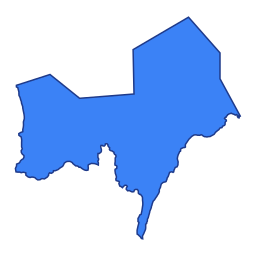 outline of Morobo, Central Equatoria, South Sudan
{"feature_id": "79223893B16328156709571", "entity_name": "Morobo", "entity_type": "district", "adm_level": 2, "iso_a3": "SSD", "parent_name": "South Sudan", "parent_adm1": "Central Equatoria", "projection": "robinson", "projection_center": [30.83, 3.714], "detail": "fine", "context": "isolated", "style": "filled", "palette": "blue", "viewbox_px": 256, "rotation_deg": 0, "n_neighbors": 0, "source": "geoboundaries", "source_scale": "gbopen_adm2", "svg_char_len": 4664}
<svg xmlns="http://www.w3.org/2000/svg" viewBox="0 0 256 256"><path d="M16.4,85.3L16.4,86.9L17.9,87.8L17.9,88.0L18.0,88.6L18.9,92.0L18.9,93.5L19.0,95.4L20.1,97.6L20.7,99.9L21.4,101.7L21.5,103.1L22.7,106.6L22.8,108.2L23.3,110.8L24.0,114.2L24.3,116.5L24.3,118.8L23.4,121.9L23.5,125.1L23.3,127.2L22.8,129.5L22.8,131.7L20.6,132.5L18.8,133.6L18.9,135.3L21.2,137.0L21.5,138.7L21.7,140.2L21.6,142.6L21.6,144.6L21.6,146.9L22.0,148.0L22.3,148.9L21.2,150.6L21.3,152.3L22.2,154.0L23.9,155.5L24.0,157.1L23.2,158.8L21.8,159.6L20.5,160.8L19.8,162.3L18.9,163.2L16.6,164.1L16.5,166.1L15.4,168.5L16.0,171.9L17.7,172.1L19.9,172.1L21.1,172.7L23.3,172.2L25.8,172.8L25.9,175.2L28.2,177.0L30.1,177.5L31.3,177.1L33.0,177.1L35.0,177.7L36.2,178.9L37.8,179.9L40.1,179.7L41.1,179.0L41.9,178.6L44.5,178.9L47.4,177.0L48.6,175.3L48.6,174.2L49.5,172.8L51.2,173.3L52.7,172.6L53.4,171.7L53.5,170.7L55.3,170.7L56.6,170.2L58.2,169.5L59.5,168.4L60.6,167.6L62.6,166.4L63.6,164.8L64.3,163.1L66.5,161.6L67.8,161.4L70.0,161.4L71.1,161.9L72.4,162.7L72.8,163.5L75.7,165.9L77.0,165.9L78.3,166.4L79.0,167.3L80.4,167.2L81.5,168.2L83.5,169.5L85.1,170.2L86.5,170.4L88.0,170.1L88.3,168.1L88.1,166.2L88.2,165.0L89.1,164.4L91.4,163.4L92.8,163.5L94.5,163.6L96.5,164.2L98.3,165.0L98.4,162.9L97.8,161.2L98.6,159.8L98.6,158.7L97.9,157.5L97.9,155.6L98.0,153.5L99.3,153.5L100.0,152.9L101.0,152.1L101.4,151.1L101.4,149.5L100.9,147.9L100.7,146.4L101.0,145.4L102.4,145.4L103.0,146.0L104.4,146.0L105.2,145.0L105.4,143.9L106.9,143.7L107.8,144.5L108.0,145.9L108.9,147.1L109.7,147.8L109.4,149.3L110.0,150.3L111.2,150.8L112.2,151.0L113.2,151.8L114.0,152.3L114.0,153.3L114.6,154.3L115.8,155.1L116.0,156.7L115.2,158.0L115.2,159.3L115.2,161.5L114.9,163.5L115.0,165.1L116.6,165.7L116.9,166.5L116.7,168.4L115.1,169.3L115.0,170.8L115.3,172.9L115.3,173.3L116.0,175.2L116.4,176.5L116.3,178.1L115.8,178.9L116.1,180.5L117.5,181.0L118.8,181.3L119.4,181.9L118.9,183.6L119.2,184.5L119.8,186.1L121.1,186.6L122.5,187.7L123.4,186.5L125.0,185.2L126.5,185.4L127.3,186.4L126.3,188.1L126.2,189.2L127.6,190.8L129.4,190.6L130.9,191.4L132.1,191.9L133.8,191.7L134.5,189.9L135.7,189.4L137.4,189.5L138.3,190.8L138.3,192.0L138.4,193.3L139.6,194.4L140.6,194.4L141.0,195.1L142.2,196.5L142.5,197.9L142.5,200.0L142.8,202.7L142.8,204.8L142.4,207.3L141.9,210.8L141.1,214.4L139.8,214.9L139.1,216.6L138.0,218.4L138.0,220.1L138.0,221.6L138.9,222.3L138.6,223.9L138.0,226.1L137.6,227.9L137.1,230.2L137.1,232.8L137.2,234.2L138.3,234.8L139.3,235.9L140.2,236.6L140.4,236.9L141.4,238.5L142.7,238.8L142.5,236.8L142.6,235.7L143.2,234.7L143.8,233.5L144.4,232.0L144.9,230.9L145.5,229.4L145.7,228.0L145.7,225.8L145.7,224.2L146.6,223.5L146.7,222.4L147.3,221.2L147.4,219.9L147.5,218.9L148.2,217.8L148.5,216.6L148.8,215.4L149.3,213.7L149.7,212.2L149.8,211.3L150.6,209.4L151.3,207.6L151.4,206.5L151.9,205.3L152.2,203.9L152.7,202.5L153.1,201.3L153.7,200.6L154.6,199.7L155.3,198.5L155.7,197.9L156.2,197.2L156.8,196.4L157.5,195.1L158.5,193.6L159.3,191.7L159.3,189.7L159.8,188.6L160.0,188.2L160.4,187.6L160.5,186.9L160.9,185.4L161.2,184.2L161.5,183.8L162.3,183.1L162.7,182.7L163.8,182.2L165.3,181.9L166.1,181.5L166.3,180.9L166.7,179.8L167.0,179.1L167.1,178.1L168.2,176.4L168.8,174.7L169.6,172.4L170.8,172.0L172.0,171.8L173.0,172.4L173.7,171.9L174.0,170.2L174.7,168.7L175.2,167.5L175.9,167.2L177.1,166.8L177.5,165.9L177.9,165.0L178.0,164.3L178.0,163.2L178.1,162.7L178.1,161.6L177.8,160.7L177.5,159.6L177.3,158.6L177.5,157.4L177.7,156.4L178.2,154.8L178.7,153.7L179.2,152.8L179.4,152.2L179.6,151.6L180.5,151.2L180.6,150.5L180.6,149.3L181.2,148.5L182.1,148.2L183.0,147.7L184.2,147.5L184.8,147.5L185.4,147.1L185.4,146.3L185.3,144.9L185.8,143.8L186.8,142.4L187.9,140.7L189.1,139.0L190.4,137.8L191.5,136.6L192.5,135.9L194.0,135.0L196.0,134.8L197.4,135.2L198.4,135.2L199.4,135.3L200.1,135.2L201.1,134.7L201.9,135.0L202.7,135.6L203.7,136.3L204.7,136.7L205.7,136.7L207.0,137.0L207.8,136.7L209.1,136.6L210.2,136.5L211.4,135.8L212.7,135.1L214.1,134.3L214.7,133.5L215.1,132.9L215.6,132.1L216.5,131.6L217.1,131.0L217.3,130.6L218.5,130.0L219.2,129.2L219.7,128.4L220.4,127.8L221.2,127.7L221.8,127.7L222.2,127.2L222.5,126.3L223.3,125.9L224.5,125.3L225.0,124.7L225.1,124.0L225.1,123.2L225.1,122.4L225.6,121.6L226.4,120.9L226.2,119.9L225.0,119.0L224.5,118.4L224.9,117.8L225.6,117.2L226.1,117.2L226.2,116.6L226.6,116.1L227.2,115.6L227.6,114.7L228.2,114.5L228.8,114.0L230.1,113.6L231.2,113.2L231.9,113.6L233.0,114.0L234.0,114.3L235.3,115.1L235.9,114.8L236.8,114.5L237.1,115.2L237.5,116.8L238.3,117.8L239.2,117.8L238.9,115.7L239.8,115.7L240.6,116.7L220.0,78.8L220.0,52.9L188.5,17.2L170.5,27.7L133.1,49.6L134.0,94.0L79.6,98.3L50.0,74.5L16.4,85.3Z" fill="#3b82f6" stroke="#1e3a8a" stroke-width="1.5"/></svg>